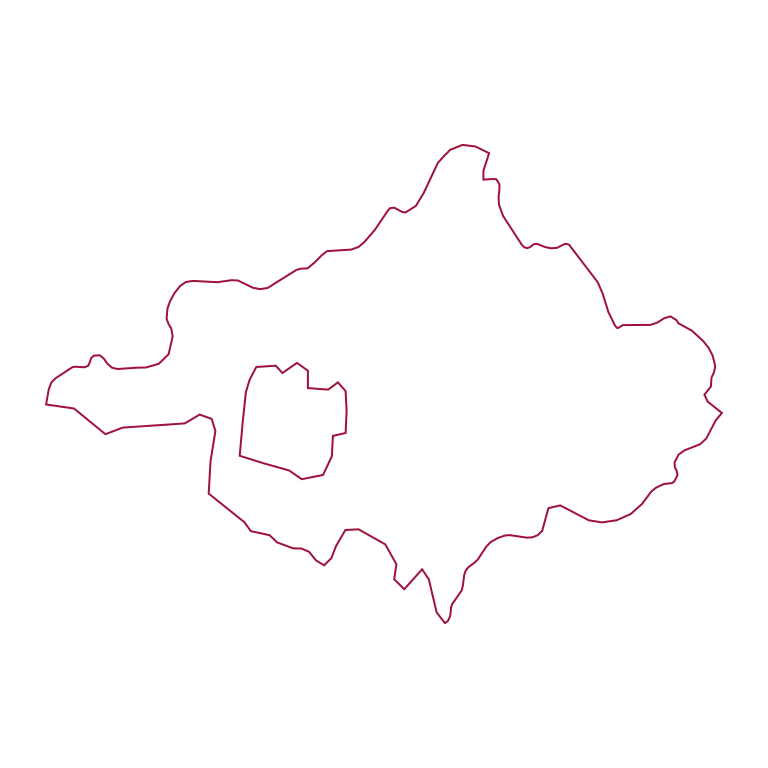 outline of Szabolcs-Szatmár-Bereg
{"feature_id": "HUN-3169", "entity_name": "Szabolcs-Szatmár-Bereg", "entity_type": "County", "adm_level": 1, "iso_a3": "HUN", "parent_name": "Hungary", "parent_adm1": "", "projection": "albers", "projection_center": [22.06, 48.0], "detail": "fine", "context": "isolated", "style": "outline", "palette": "rose", "viewbox_px": 768, "rotation_deg": 0, "n_neighbors": 0, "source": "natural_earth", "source_scale": "10m", "svg_char_len": 2587}
<svg xmlns="http://www.w3.org/2000/svg" viewBox="0 0 768 768"><path d="M721.9,413.0L715.7,420.4L706.3,438.5L700.0,444.3L684.7,450.2L678.6,454.6L674.6,462.3L674.8,467.2L676.7,470.9L677.5,475.1L674.3,481.5L672.0,483.1L663.8,484.0L656.0,487.7L651.3,491.5L641.9,504.1L630.7,514.0L616.8,520.2L602.1,522.4L588.8,520.3L560.2,505.4L548.4,508.2L542.2,530.8L537.8,535.1L532.8,537.2L527.2,537.7L509.5,535.1L504.6,535.6L497.7,538.1L490.6,542.1L486.3,546.6L477.9,559.4L474.9,562.4L468.4,567.2L465.6,570.8L464.2,575.0L462.9,585.5L461.7,590.4L452.1,604.2L451.0,607.9L450.7,612.2L450.1,615.9L450.0,616.5L448.0,620.8L445.0,623.1L444.8,623.0L436.6,612.3L428.8,579.3L422.1,569.3L404.3,589.2L394.2,579.3L396.4,564.3L385.3,544.4L358.5,529.3L345.4,530.0L336.0,546.1L331.4,558.1L324.2,565.3L316.1,560.5L309.2,551.9L301.4,548.5L293.3,548.4L277.1,542.4L269.6,535.2L250.8,531.1L244.5,522.3L208.7,493.6L210.5,461.5L215.4,431.1L211.7,418.9L199.6,414.6L184.8,423.4L122.7,427.6L105.4,434.2L74.0,408.5L46.1,404.5L48.7,389.5L51.3,382.6L55.6,378.2L72.4,367.2L75.1,366.7L84.4,367.3L88.2,365.8L89.8,362.3L91.0,358.4L93.7,355.7L99.9,355.3L103.9,358.7L107.3,363.6L111.8,367.6L117.3,369.0L135.6,367.8L132.7,367.8L145.9,367.5L158.8,363.8L168.6,354.2L172.7,336.4L171.3,328.6L168.6,324.1L166.6,318.8L167.4,308.8L170.1,301.1L174.6,292.9L180.2,285.9L185.9,282.0L192.9,280.9L217.4,282.2L231.5,280.2L238.0,280.5L253.0,287.8L260.2,289.1L267.5,288.0L296.6,269.8L301.3,268.6L307.4,268.4L314.5,262.6L321.5,255.5L327.1,251.1L351.1,249.6L358.6,246.9L364.1,242.3L374.9,229.8L387.8,210.7L390.0,208.2L394.4,207.7L401.8,211.8L405.4,212.5L415.9,205.9L423.8,192.8L437.9,162.8L445.9,154.0L446.3,153.9L450.1,149.8L462.5,144.9L475.5,146.5L489.1,153.2L483.5,170.5L483.4,179.6L493.9,179.0L496.5,179.4L499.4,184.3L499.4,189.9L498.6,196.5L498.9,204.4L503.1,216.0L521.8,244.8L524.3,247.3L527.1,248.1L530.0,247.2L533.0,244.8L534.5,244.1L536.1,243.8L537.7,244.1L545.2,247.1L551.2,248.3L557.1,247.8L564.5,244.1L566.1,243.8L567.7,244.2L569.2,244.9L597.7,282.2L602.8,294.0L608.4,312.1L615.0,325.6L617.0,327.9L618.0,328.0L623.0,325.1L650.5,324.9L657.5,322.5L664.0,318.3L670.5,316.4L676.8,320.4L678.2,323.1L691.9,330.7L703.3,341.2L708.5,347.7L712.6,355.5L715.3,366.3L714.0,372.2L711.5,377.6L710.9,386.5L704.4,394.7L707.7,401.6L721.9,413.0ZM328.2,389.6L307.9,388.1L307.9,370.7L297.0,362.9L282.4,373.0L275.7,365.7L256.3,367.0L249.5,380.0L245.9,392.1L242.8,421.1L239.7,455.8L263.0,463.1L289.2,470.5L301.7,479.2L323.1,474.9L331.9,456.1L332.9,435.9L345.6,433.0L346.6,411.3L345.6,391.1L337.9,382.4L328.2,389.6Z" fill="none" stroke="#9f1239" stroke-width="2"/></svg>